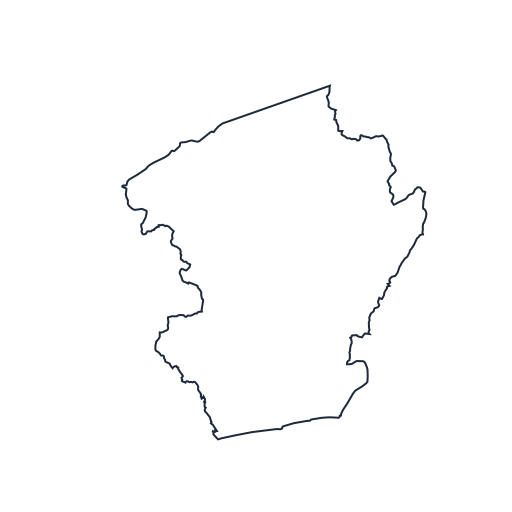 Bo Trach, Quảng Bình, Vietnam, rotated 110°
{"feature_id": "81297802B63375818356773", "entity_name": "Bo Trach", "entity_type": "district", "adm_level": 2, "iso_a3": "VNM", "parent_name": "Vietnam", "parent_adm1": "Quảng Bình", "projection": "orthographic", "projection_center": [106.315, 17.487], "detail": "fine", "context": "isolated", "style": "outline", "palette": "slate", "viewbox_px": 512, "rotation_deg": 110, "n_neighbors": 0, "source": "geoboundaries", "source_scale": "gbopen_adm2", "svg_char_len": 6145}
<svg xmlns="http://www.w3.org/2000/svg" viewBox="0 0 512 512"><g transform="rotate(110 256 256)"><path d="M227.5,118.7L226.4,118.1L223.2,117.3L216.7,117.4L215.1,116.9L213.2,116.8L207.4,115.2L205.2,113.7L204.5,113.5L200.1,113.0L197.6,113.2L196.3,112.5L191.8,111.4L184.8,110.8L184.0,110.6L182.9,109.8L180.6,109.2L180.0,108.8L179.0,107.5L178.6,106.5L177.0,107.6L173.6,108.4L171.1,109.5L170.3,109.5L169.4,109.9L168.2,109.9L167.3,109.6L162.1,109.5L158.0,110.3L156.2,111.5L154.6,113.2L154.4,114.8L154.0,115.3L153.1,115.7L146.6,117.6L138.1,118.7L137.8,119.3L138.3,121.2L135.9,124.4L135.6,125.2L135.8,126.4L136.2,127.8L137.7,128.3L138.3,128.9L139.5,129.4L142.4,129.6L143.7,130.1L146.0,132.9L146.7,133.4L150.2,134.4L151.8,135.4L156.8,140.4L160.4,143.6L160.7,144.1L158.1,147.4L153.9,147.0L151.9,147.8L151.2,148.7L150.5,151.5L149.9,152.1L148.3,152.8L147.1,153.0L145.2,152.9L143.6,155.4L142.7,155.6L141.0,157.8L140.4,157.9L135.4,156.9L129.5,154.1L128.3,153.8L127.6,154.0L124.8,156.6L124.4,157.3L124.4,158.9L122.7,159.9L120.7,162.3L117.8,163.4L114.2,164.0L113.6,164.3L112.2,166.0L107.6,169.3L106.2,169.4L103.7,172.0L102.0,173.1L101.4,174.6L99.5,177.7L99.5,178.4L100.5,179.5L101.8,181.8L102.4,184.2L105.2,187.0L106.2,188.5L105.8,190.5L106.3,192.3L106.3,194.0L106.9,195.8L106.5,197.4L106.5,198.4L106.7,198.8L107.7,199.0L109.7,198.2L111.9,198.6L112.9,200.3L112.2,201.2L112.1,202.4L112.5,204.4L113.6,205.9L113.3,207.8L114.1,210.5L114.0,211.1L113.3,213.0L112.8,216.6L112.1,217.4L110.1,217.7L109.0,217.6L110.1,220.3L110.2,221.2L109.9,221.7L105.5,223.3L102.9,226.1L101.0,227.0L100.8,227.3L101.1,229.0L100.8,229.3L98.6,229.4L96.4,230.1L95.4,229.9L93.0,231.2L91.6,230.8L91.8,235.6L91.0,238.2L90.4,239.1L86.9,240.1L85.5,241.0L82.7,243.5L81.7,244.0L81.2,243.9L80.0,243.1L76.5,243.1L75.1,243.7L73.6,244.0L72.7,244.5L70.7,244.8L142.9,332.8L147.2,335.7L151.5,337.4L154.1,338.1L154.2,340.1L155.9,341.5L166.8,348.1L168.3,349.4L168.8,351.0L169.4,355.7L169.9,356.9L173.1,361.2L174.9,365.2L176.0,365.9L178.5,365.3L179.3,365.5L184.8,368.3L185.6,369.2L185.6,370.4L186.0,371.2L190.7,372.7L194.4,375.4L203.6,384.4L207.3,387.3L208.9,388.2L211.8,389.2L220.1,395.2L227.7,401.5L230.2,402.3L233.5,402.0L234.3,402.5L235.1,404.9L235.9,405.5L236.6,405.3L236.8,404.4L236.8,401.8L237.1,400.8L238.2,400.4L242.5,399.5L245.0,397.9L247.4,395.5L250.9,394.2L252.2,392.7L253.8,388.9L254.2,386.8L254.0,385.4L250.7,379.2L251.0,374.3L252.4,373.6L257.1,372.9L263.6,373.6L265.6,374.7L267.7,373.8L270.3,372.0L271.6,372.1L272.4,371.8L274.2,370.0L274.3,369.5L273.9,368.6L272.9,367.1L271.1,366.9L269.8,366.2L268.7,362.9L267.6,362.5L266.7,361.5L266.3,360.6L265.0,360.7L264.0,359.6L262.7,359.2L261.8,357.4L260.6,358.1L260.3,358.1L259.4,355.5L258.5,354.3L259.0,351.4L258.4,351.0L258.1,350.3L258.2,348.1L260.9,341.8L263.9,342.2L266.6,341.4L268.1,340.4L271.1,341.1L272.0,340.7L274.1,338.8L274.3,338.5L274.4,336.4L274.6,335.5L274.4,333.8L275.6,329.9L276.3,329.1L278.0,328.1L279.5,327.9L280.7,326.5L281.6,326.7L284.9,325.4L285.1,323.5L285.5,323.2L286.0,322.0L285.9,321.2L285.3,319.8L286.2,318.2L286.5,314.9L289.2,314.6L293.4,316.5L293.6,317.9L293.3,321.1L294.3,321.9L295.3,322.1L297.4,322.1L298.3,321.8L300.4,319.7L304.0,316.8L304.8,315.3L304.8,312.8L305.1,310.4L304.0,310.4L303.7,309.8L304.0,308.5L303.7,307.6L304.0,301.0L304.3,300.5L305.6,299.9L306.9,297.3L308.6,295.3L309.1,294.9L311.3,294.2L313.2,293.1L314.7,292.0L315.0,290.9L316.0,290.4L324.0,288.9L326.0,288.4L326.7,287.8L328.1,290.7L328.8,291.4L330.4,292.1L330.8,293.4L334.2,296.6L335.3,299.7L337.2,300.9L337.2,302.1L336.4,303.8L336.9,305.7L337.7,307.7L338.5,308.8L339.9,310.1L341.4,314.4L343.7,317.7L344.4,317.6L348.1,315.7L349.2,315.4L351.3,315.3L353.1,314.2L354.5,313.7L355.7,313.9L359.5,317.6L360.4,319.0L360.7,320.3L365.0,318.8L367.0,319.1L370.7,320.5L372.0,320.1L373.8,320.1L378.0,318.7L379.2,317.7L379.9,314.4L380.4,313.3L381.9,311.3L381.4,309.4L381.7,308.3L383.5,307.5L384.6,306.0L386.3,305.0L386.6,300.5L388.2,298.8L390.0,296.0L388.2,295.3L386.6,293.4L386.7,293.0L387.6,292.2L387.4,290.9L388.9,290.4L389.5,289.3L390.9,287.9L392.3,285.5L393.7,283.7L394.1,283.6L396.1,284.3L397.4,283.0L398.6,283.0L398.9,282.8L399.1,279.0L397.8,278.7L397.4,278.2L397.1,277.2L397.3,275.5L396.4,273.6L396.5,272.4L395.4,271.2L395.2,270.3L397.1,267.0L398.9,265.4L400.6,265.1L401.8,264.4L404.3,260.7L405.1,260.1L405.5,260.3L406.0,259.9L406.8,259.8L406.7,259.3L406.9,258.8L407.9,258.9L408.7,258.3L407.3,257.0L407.3,256.6L406.4,256.8L408.0,254.9L409.2,254.6L410.7,254.9L410.7,253.7L411.0,253.6L411.2,254.0L412.6,253.7L415.1,252.8L415.6,252.3L415.7,251.4L418.1,251.6L419.6,250.6L420.1,249.3L423.4,244.0L424.8,243.2L426.0,242.1L427.0,241.7L427.2,241.0L428.7,241.1L429.4,238.8L433.9,232.8L434.3,233.5L433.8,234.2L433.8,234.6L434.7,234.1L435.3,234.3L435.6,234.8L435.3,236.6L435.6,236.6L436.6,235.4L437.9,235.2L438.3,234.8L441.3,229.0L438.8,225.6L431.4,213.8L422.7,199.2L412.2,178.7L411.0,175.9L410.6,174.1L409.2,172.5L407.8,172.7L406.9,172.4L400.0,163.0L393.9,152.4L392.3,148.9L390.9,148.3L390.6,147.9L385.4,138.6L382.4,131.7L379.7,123.0L379.2,122.7L378.3,122.4L377.5,122.7L376.9,121.6L374.7,122.0L370.8,121.6L362.9,119.7L352.7,117.9L349.8,117.1L348.3,116.5L341.8,111.3L337.7,108.8L336.1,108.3L330.8,109.9L325.0,112.2L322.9,113.5L320.3,115.8L318.8,117.3L318.3,118.5L318.3,119.5L320.1,125.1L320.7,125.9L324.8,129.2L325.8,131.3L326.6,133.5L325.2,133.9L323.7,133.9L321.9,132.6L319.0,133.1L317.8,133.8L316.9,133.8L315.2,135.0L314.5,135.2L312.9,135.2L310.7,135.9L306.7,136.5L305.5,136.2L303.5,136.9L301.8,138.0L300.6,139.5L299.7,138.6L298.2,138.7L297.7,138.4L295.9,134.2L296.5,133.5L296.6,131.4L296.2,128.7L292.3,127.5L291.5,127.0L290.5,122.7L289.9,123.8L289.5,124.0L287.9,124.3L286.4,124.1L284.8,125.3L279.7,127.3L277.3,127.3L276.4,128.0L275.0,128.5L274.3,128.6L273.1,128.3L272.0,128.6L270.1,128.0L267.8,126.5L265.5,126.8L264.4,126.5L262.6,124.1L261.2,123.4L260.0,123.4L259.0,124.5L257.3,125.7L253.1,125.8L253.5,123.3L253.3,122.9L249.0,122.3L246.6,122.9L243.8,122.5L241.4,121.8L240.3,122.3L239.5,121.9L238.4,120.3L237.2,122.7L236.1,121.5L235.0,120.8L234.2,121.4L233.7,122.3L231.6,122.5L229.3,121.4L227.6,119.2L227.5,118.7Z" fill="none" stroke="#1e293b" stroke-width="2"/></g></svg>